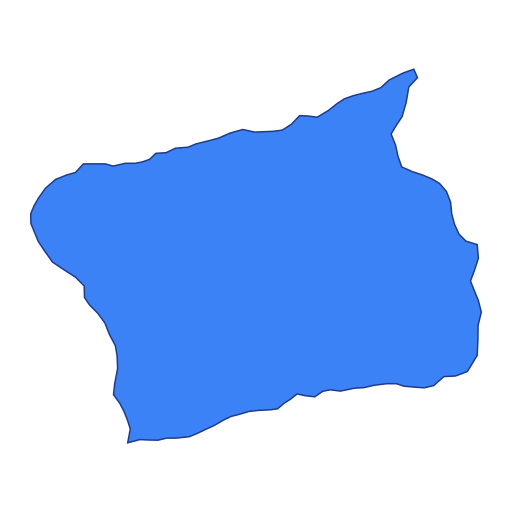 outline of Heliodora, Minas Gerais, Brazil
{"feature_id": "56859067B59124284562454", "entity_name": "Heliodora", "entity_type": "district", "adm_level": 2, "iso_a3": "BRA", "parent_name": "Brazil", "parent_adm1": "Minas Gerais", "projection": "equal_earth", "projection_center": [-45.541, -22.046], "detail": "fine", "context": "isolated", "style": "filled", "palette": "blue", "viewbox_px": 512, "rotation_deg": 0, "n_neighbors": 0, "source": "geoboundaries", "source_scale": "gbopen_adm2", "svg_char_len": 1674}
<svg xmlns="http://www.w3.org/2000/svg" viewBox="0 0 512 512"><path d="M127.7,442.8L139.8,439.6L149.2,440.0L157.9,440.2L166.8,438.1L176.3,438.1L189.3,436.7L197.7,433.2L205.6,429.4L214.9,425.1L222.9,420.4L230.8,416.5L239.4,414.3L249.2,411.4L258.4,410.4L270.1,409.8L277.6,408.8L284.0,403.3L290.5,399.2L297.2,393.9L305.1,395.7L314.8,396.8L322.7,391.3L330.3,389.8L340.4,391.1L354.3,388.2L364.1,387.6L374.5,385.2L386.7,383.7L396.5,383.7L404.0,386.2L415.5,387.2L424.2,387.8L433.7,385.6L443.8,376.6L455.5,376.0L467.4,371.5L477.2,355.4L477.9,339.9L478.1,325.3L481.3,312.2L478.4,300.6L473.8,289.4L470.5,281.0L474.3,270.8L478.4,258.2L477.2,244.6L465.9,241.1L458.9,234.0L454.4,224.0L451.7,213.8L450.6,202.2L446.5,191.6L439.6,183.5L432.1,179.0L422.3,174.9L412.3,171.6L401.8,167.0L398.0,156.4L395.6,145.2L391.1,134.0L396.4,125.2L402.1,116.6L406.2,102.4L408.8,86.9L417.5,77.7L413.8,69.2L403.6,72.8L389.4,79.8L380.7,87.7L372.1,91.2L362.3,93.4L353.2,95.7L344.2,98.9L336.8,103.8L328.4,110.5L317.2,117.2L307.8,116.0L299.6,115.6L291.5,124.2L282.3,130.1L273.2,131.3L263.8,131.7L254.8,132.1L242.8,129.5L230.0,133.1L218.3,138.2L207.3,141.1L196.0,143.9L188.1,147.2L175.4,148.2L166.0,152.7L155.9,153.3L149.5,159.4L142.3,161.9L135.3,163.3L125.2,163.3L113.2,166.1L105.5,163.9L94.7,163.9L83.3,163.9L75.5,172.5L66.9,174.9L55.6,179.4L45.4,188.3L38.3,198.3L34.1,205.7L30.7,213.8L30.9,223.4L34.8,233.0L38.3,241.5L44.3,250.5L52.5,262.1L63.1,269.2L75.5,277.2L84.2,285.9L84.5,297.5L89.5,304.9L97.7,313.2L104.8,322.8L109.4,334.4L115.4,345.8L117.1,356.0L117.6,368.6L114.7,383.7L113.5,394.7L119.8,403.3L124.0,411.4L127.4,420.0L130.3,429.0L127.7,442.8Z" fill="#3b82f6" stroke="#1e3a8a" stroke-width="1.5"/></svg>